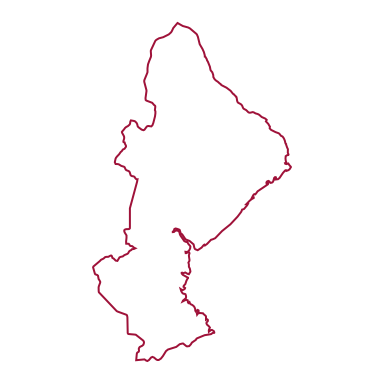 map outline of Sofala (Mercator projection)
{"feature_id": "MOZ-1905", "entity_name": "Sofala", "entity_type": "Province", "adm_level": 1, "iso_a3": "MOZ", "parent_name": "Mozambique", "parent_adm1": "", "projection": "mercator", "projection_center": [34.584, -19.076], "detail": "fine", "context": "isolated", "style": "outline", "palette": "rose", "viewbox_px": 384, "rotation_deg": 0, "n_neighbors": 0, "source": "natural_earth", "source_scale": "10m", "svg_char_len": 6052}
<svg xmlns="http://www.w3.org/2000/svg" viewBox="0 0 384 384"><path d="M286.7,170.8L286.7,170.4L286.1,170.2L285.4,170.3L285.0,170.6L282.9,173.0L279.5,178.0L278.0,179.2L275.6,179.5L276.1,178.0L275.8,177.2L275.1,177.1L274.2,177.9L273.1,181.6L272.2,182.5L270.7,182.9L269.9,182.2L269.2,181.3L268.3,180.9L267.0,181.5L266.6,182.1L266.4,182.8L266.6,183.5L267.8,183.0L268.3,183.1L267.9,184.3L257.6,191.3L255.9,193.7L255.2,194.4L254.3,194.1L253.3,195.1L251.8,198.0L252.3,197.7L253.7,197.5L253.7,198.0L251.7,199.1L249.8,200.6L246.4,204.1L247.8,204.1L247.2,205.2L244.1,208.9L243.5,209.2L242.1,209.6L241.3,211.7L237.6,216.6L230.4,224.3L222.0,231.1L215.2,238.2L212.7,239.3L211.0,239.8L207.1,243.9L204.9,245.5L204.3,244.7L203.5,245.3L201.6,247.6L197.7,250.2L195.4,249.3L194.8,248.8L194.3,247.6L193.6,244.4L189.5,240.9L186.1,239.6L185.3,239.0L182.5,234.8L181.9,234.1L180.8,233.6L179.7,230.0L179.0,229.5L176.6,228.7L175.5,228.5L174.4,229.0L173.7,231.1L172.8,231.6L172.8,232.1L173.9,232.0L175.3,230.8L176.5,230.5L177.7,230.7L178.7,231.2L179.4,232.1L179.9,234.4L180.5,235.6L184.3,241.1L185.5,241.7L187.4,242.2L188.4,244.0L190.1,245.9L190.4,246.6L190.1,248.6L189.0,250.6L187.4,252.0L185.5,251.8L185.7,253.1L186.4,253.1L188.0,252.2L189.2,252.6L189.5,253.2L188.9,255.4L189.0,256.6L189.5,260.0L189.3,261.1L188.4,262.6L188.9,264.4L188.9,266.8L189.8,268.5L190.3,270.8L190.4,271.4L190.2,272.1L189.6,272.8L189.5,273.3L188.9,274.2L187.5,273.8L185.3,272.5L183.1,273.2L182.3,273.2L181.7,272.0L181.7,273.5L182.8,274.8L188.0,277.7L188.0,278.2L187.4,278.8L186.4,280.8L185.3,284.1L183.8,285.7L183.5,286.8L185.1,288.0L184.8,288.8L183.7,289.6L182.8,290.0L181.8,289.8L180.6,289.0L181.3,291.3L182.4,293.0L183.3,293.7L184.8,293.9L185.5,294.3L186.0,295.9L186.1,297.2L185.8,298.2L183.0,300.6L182.6,301.5L185.1,300.2L186.6,299.9L187.7,300.3L187.9,302.2L188.4,303.0L189.5,302.1L190.1,303.7L191.0,304.4L192.2,304.9L193.6,306.0L194.3,306.9L194.8,307.9L195.2,309.1L195.3,310.7L195.7,311.4L197.7,309.9L198.6,310.5L198.6,311.7L196.8,313.2L197.1,314.6L197.5,314.0L198.1,313.5L199.7,313.0L203.0,313.3L203.4,313.9L205.7,315.9L206.0,316.6L206.0,319.7L206.7,319.3L207.3,319.3L207.8,319.8L207.9,320.8L207.7,321.3L206.7,322.3L206.4,323.1L206.9,324.5L209.1,326.5L209.9,327.6L209.0,329.5L208.8,330.6L208.9,331.7L210.9,330.1L211.9,329.9L213.8,331.1L214.3,332.3L214.2,332.8L212.6,333.0L211.1,334.1L210.1,334.3L204.6,335.2L197.3,338.2L196.5,338.7L195.8,339.9L191.9,342.6L190.8,344.4L189.2,346.1L187.0,346.4L186.2,346.0L183.1,343.5L182.5,343.5L179.7,344.2L176.3,346.9L168.0,349.5L166.0,351.1L162.9,356.1L160.9,358.6L158.7,360.0L157.4,360.0L156.3,359.5L154.1,357.6L152.4,356.9L151.0,357.6L149.0,360.0L147.4,361.0L146.2,360.6L145.3,359.9L144.4,359.4L136.2,360.2L136.8,353.8L137.2,352.7L138.8,351.6L139.0,350.6L138.8,349.0L138.9,348.3L139.7,347.0L142.3,345.7L143.4,344.7L144.0,342.8L143.8,341.4L143.0,340.4L135.9,334.8L135.1,334.6L129.4,334.1L128.5,334.0L127.9,333.6L127.7,332.8L127.4,317.2L127.0,315.3L126.2,314.7L117.7,311.6L116.7,311.1L98.9,292.3L98.7,291.3L98.6,287.5L98.8,286.4L100.2,282.6L100.2,281.7L99.6,280.5L98.6,279.0L98.0,275.7L97.2,275.0L95.3,274.3L94.9,273.7L93.1,267.4L93.4,266.5L99.9,261.0L101.0,259.8L103.5,258.6L105.2,257.1L106.1,256.9L108.3,256.8L110.4,255.7L111.1,255.5L111.5,255.7L111.9,256.2L112.4,257.9L113.7,258.6L115.7,260.6L117.4,260.9L119.5,257.4L120.6,256.9L122.8,256.4L124.4,255.1L127.3,253.9L128.1,253.3L128.9,251.8L129.5,251.0L131.3,250.0L132.0,249.2L133.8,249.0L135.3,248.3L134.0,247.7L132.3,246.2L130.3,245.9L129.7,245.3L129.2,244.3L128.7,243.8L126.2,243.7L126.1,241.5L126.5,237.8L126.5,235.4L124.7,232.5L124.2,230.9L124.5,229.9L125.3,229.4L126.6,229.1L128.4,229.1L129.3,228.9L129.8,228.4L129.9,227.2L129.9,208.3L137.1,181.7L137.5,179.3L136.9,179.4L136.1,179.0L135.4,178.3L134.5,176.9L133.7,176.4L132.0,176.1L131.3,175.8L130.6,175.1L129.8,172.5L129.4,171.7L128.7,171.1L126.4,170.2L125.7,169.6L124.6,167.2L123.9,166.7L121.3,165.9L118.9,164.4L117.9,164.1L115.6,164.0L114.8,162.2L115.6,158.6L116.0,157.8L117.0,156.5L119.1,154.3L120.7,152.0L121.7,151.2L122.9,149.5L124.5,148.8L126.0,146.7L125.9,145.5L125.1,144.1L124.6,142.4L123.6,142.2L123.4,141.9L123.4,141.1L124.1,138.8L124.2,137.1L123.8,135.9L122.1,132.8L121.9,132.0L122.1,131.6L124.0,129.4L125.1,127.9L126.2,127.0L127.9,126.1L129.6,124.6L130.0,123.8L130.4,121.4L130.9,120.4L134.2,121.0L135.1,121.4L136.5,122.8L137.2,124.2L137.7,126.3L138.4,127.2L141.6,129.6L143.4,130.2L144.4,129.8L146.6,126.8L147.3,126.2L148.3,126.0L151.3,126.4L152.4,125.3L153.3,123.0L155.0,116.4L155.4,113.4L155.4,111.3L154.9,110.1L155.3,106.8L155.2,106.0L154.9,105.6L154.0,104.9L152.2,102.8L146.4,100.6L145.7,100.0L145.5,98.2L146.5,91.0L146.4,90.0L144.3,82.0L144.2,81.0L144.4,80.0L147.2,73.1L147.5,72.1L147.5,68.2L148.0,64.4L149.1,61.3L150.9,56.9L151.1,55.5L150.8,51.3L150.9,50.3L155.3,40.9L155.8,40.3L156.9,39.5L159.0,38.3L163.2,37.2L168.8,34.4L171.1,32.3L171.9,31.0L173.3,28.0L177.5,23.0L182.8,26.0L188.2,27.5L189.9,28.4L196.3,33.8L196.9,34.5L197.9,36.8L199.7,44.2L202.5,49.0L203.9,52.1L204.7,55.0L204.8,56.5L205.2,56.5L206.7,59.1L207.1,60.5L207.8,61.5L209.9,66.7L210.5,69.9L210.8,70.5L212.3,72.3L213.2,74.9L213.4,77.2L214.6,79.2L215.8,80.4L218.0,81.9L219.8,83.6L220.5,83.9L221.0,84.7L222.0,85.4L226.5,87.7L230.6,90.8L233.0,93.8L233.9,94.3L234.4,95.0L235.6,96.1L235.9,96.7L236.3,96.8L236.7,98.0L237.1,100.7L237.5,101.9L238.1,102.7L240.7,104.1L241.6,104.9L242.2,105.8L243.0,107.8L243.6,108.7L246.2,110.1L248.4,112.3L249.3,112.7L250.3,112.7L252.7,112.1L253.8,112.4L255.5,113.4L257.7,114.0L259.2,114.8L261.7,117.0L265.3,118.6L266.7,119.9L265.9,121.4L268.3,123.9L269.4,125.9L269.9,126.5L269.7,128.4L271.1,129.9L275.5,132.1L278.5,133.2L279.3,133.7L281.0,135.8L282.5,136.5L283.5,137.8L284.2,139.1L284.9,140.9L285.3,142.7L285.6,143.6L286.1,144.0L286.1,144.6L287.1,147.5L287.9,149.2L287.8,152.7L288.5,154.5L288.3,155.0L287.1,155.2L285.7,156.2L285.5,158.6L285.8,161.0L286.3,162.4L285.0,163.1L285.3,163.8L286.6,164.1L288.3,163.5L289.5,165.3L290.8,166.7L290.9,167.1L289.7,169.1L288.8,169.9L287.9,170.4L286.7,170.8Z" fill="none" stroke="#9f1239" stroke-width="2"/></svg>